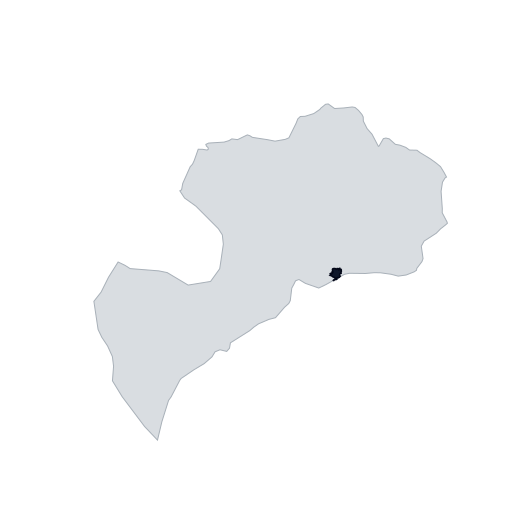 Rites pag., Viesites, Latvia (highlighted), rotated 318°
{"feature_id": "27541924B10670366304681", "entity_name": "Rites pag.", "entity_type": "district", "adm_level": 2, "iso_a3": "LVA", "parent_name": "Latvia", "parent_adm1": "Viesites", "projection": "albers", "projection_center": [25.488, 56.197], "detail": "fine", "context": "in_parent", "style": "filled", "palette": "ink", "viewbox_px": 512, "rotation_deg": 318, "n_neighbors": 0, "source": "geoboundaries", "source_scale": "gbopen_adm2", "svg_char_len": 4025}
<svg xmlns="http://www.w3.org/2000/svg" viewBox="0 0 512 512"><g transform="rotate(318 256 256)"><path d="M365.7,374.0L362.9,373.6L354.9,370.6L348.2,366.1L344.2,360.0L337.2,351.7L332.7,347.5L325.6,342.2L313.8,331.3L309.5,328.8L288.7,324.0L281.2,321.8L274.4,309.4L272.2,302.2L268.8,300.9L265.1,302.4L261.1,303.8L251.6,312.1L248.6,313.2L242.8,313.2L229.2,314.9L223.1,311.7L212.5,308.1L206.7,307.4L201.6,307.3L178.9,303.4L174.6,306.8L170.4,307.3L166.5,301.6L161.5,299.8L155.8,301.5L145.6,301.3L133.7,299.0L118.4,296.9L116.1,297.4L98.6,303.9L94.4,304.8L75.1,316.2L59.6,326.9L59.1,308.2L62.4,271.0L65.8,252.7L76.4,242.6L82.0,234.6L85.5,223.6L87.0,213.3L89.5,204.9L105.2,181.2L116.7,179.2L132.2,173.1L149.5,168.2L152.5,175.6L154.0,181.1L173.8,202.0L178.9,208.9L186.1,232.2L205.2,244.5L220.5,241.2L227.2,235.7L239.6,225.4L245.1,217.8L246.3,210.5L244.7,178.8L241.7,165.1L243.0,156.6L245.0,157.0L250.2,153.0L266.9,145.6L270.2,145.3L274.0,143.7L284.5,138.0L287.8,141.1L290.6,144.6L292.1,144.7L292.9,143.4L292.7,141.1L293.4,139.5L296.4,140.4L308.5,150.0L313.2,152.2L316.4,152.8L320.2,157.2L330.6,160.2L331.9,162.5L332.7,165.4L342.5,177.4L347.0,183.4L355.8,188.9L359.5,190.2L374.6,184.2L378.8,182.1L382.3,182.0L385.9,185.0L394.2,188.8L401.6,189.8L402.9,189.5L409.2,189.8L411.4,191.3L413.1,199.0L420.4,204.8L427.2,209.6L429.0,211.9L429.6,216.4L429.4,221.7L428.7,224.4L426.0,227.6L423.8,235.7L423.7,243.2L420.3,256.4L421.2,256.6L429.2,254.0L431.5,255.3L433.4,258.1L434.3,266.3L437.1,269.9L440.0,275.5L441.0,280.0L446.4,285.1L447.0,288.6L450.6,300.6L452.1,307.6L452.9,313.1L451.6,320.0L450.4,324.8L448.7,324.5L444.0,325.9L436.8,331.8L426.1,345.5L423.3,348.5L420.7,358.7L420.0,359.8L413.5,359.5L411.7,359.3L405.2,359.7L390.9,357.4L385.4,359.3L378.4,369.7L375.6,371.2L367.2,372.8L365.7,374.0Z" fill="#d9dde1" stroke="#a8b0b8" stroke-width="1"/><path d="M307.7,325.8L307.9,325.6L307.9,325.4L308.0,325.3L308.0,325.2L308.2,324.9L308.3,324.9L308.5,324.8L308.6,324.7L308.8,324.7L309.1,324.5L309.2,324.4L309.3,324.4L309.4,324.2L309.5,324.1L309.5,323.9L309.6,323.7L309.9,323.6L310.0,323.5L310.1,323.4L310.1,323.2L310.3,322.9L310.2,322.7L310.0,322.4L309.9,322.4L309.7,322.4L309.4,322.2L309.2,322.1L309.3,322.0L309.5,321.9L309.5,321.7L309.8,321.5L309.9,321.4L309.7,321.3L309.3,321.5L309.2,321.5L308.9,321.6L308.7,321.6L308.4,321.5L308.5,321.4L308.6,321.2L308.8,321.0L308.7,321.0L308.7,320.8L308.6,320.7L308.5,320.4L308.4,320.4L308.5,320.2L308.4,320.0L308.0,319.8L307.9,319.7L307.8,319.8L307.6,320.0L307.4,320.0L307.3,319.9L307.2,319.8L307.2,319.7L306.9,319.8L306.8,319.7L306.7,319.4L306.5,319.2L306.4,319.2L306.3,318.9L306.3,318.7L306.5,318.5L306.4,318.4L306.3,318.1L306.0,317.8L305.7,317.6L305.5,317.4L305.4,317.3L305.2,317.2L304.9,317.0L304.7,317.0L304.6,316.9L304.4,316.9L304.2,316.9L303.9,317.0L303.7,317.3L303.5,317.6L303.2,317.9L303.1,318.1L302.8,318.6L302.7,318.8L302.6,318.7L302.4,318.7L302.4,318.8L302.4,319.0L302.2,318.9L302.0,319.1L301.9,319.2L302.0,319.2L302.1,319.3L302.1,319.5L301.9,319.6L301.6,319.8L301.4,319.8L301.4,319.7L301.5,319.6L301.4,319.4L301.2,319.5L301.2,319.4L301.1,319.5L300.9,319.5L300.7,319.4L300.7,319.2L300.4,319.1L300.2,319.0L300.1,319.3L299.9,319.4L299.8,319.2L299.7,319.2L299.7,319.3L299.6,319.2L299.6,319.3L299.5,319.5L299.4,319.5L299.3,319.4L299.2,319.4L299.2,319.5L298.9,319.6L299.0,319.7L299.0,319.8L299.0,320.0L298.9,320.1L298.7,320.1L298.7,320.3L298.8,320.3L298.8,320.5L298.7,320.6L298.4,320.5L298.6,320.8L298.9,320.9L298.9,321.4L298.9,321.6L298.9,321.8L299.0,322.0L299.1,322.5L299.2,323.1L299.2,323.3L299.3,323.4L299.5,323.6L299.6,323.8L299.8,324.0L300.0,324.4L300.1,324.6L300.2,324.8L300.2,325.1L300.2,325.5L300.1,325.9L299.8,325.8L299.4,325.8L299.2,325.8L298.8,325.8L298.6,325.8L298.2,325.8L297.8,325.8L297.7,325.8L297.3,325.8L297.4,326.1L297.4,326.3L299.5,326.1L299.5,327.0L300.5,327.4L301.1,326.4L302.3,326.6L302.3,327.2L303.7,327.6L304.2,327.5L305.1,327.4L305.2,326.4L305.2,326.2L305.3,326.1L306.0,325.6L306.8,325.4L307.6,325.7L307.7,325.8Z" fill="#0f172a" stroke="#020617" stroke-width="1.5"/></g></svg>